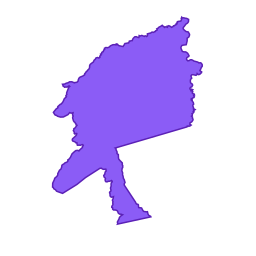 São Domingos, Goiás, Brazil, rotated 164°
{"feature_id": "56859067B73761479247752", "entity_name": "São Domingos", "entity_type": "district", "adm_level": 2, "iso_a3": "BRA", "parent_name": "Brazil", "parent_adm1": "Goiás", "projection": "mercator", "projection_center": [-46.484, -13.45], "detail": "fine", "context": "isolated", "style": "filled", "palette": "violet", "viewbox_px": 256, "rotation_deg": 164, "n_neighbors": 0, "source": "geoboundaries", "source_scale": "gbopen_adm2", "svg_char_len": 5858}
<svg xmlns="http://www.w3.org/2000/svg" viewBox="0 0 256 256"><g transform="rotate(164 128 128)"><path d="M184.9,131.9L184.8,130.8L183.1,129.5L182.4,128.8L182.1,128.0L181.2,127.9L181.4,126.6L181.4,125.4L179.4,124.9L178.7,124.5L176.8,124.7L176.1,124.5L175.8,123.6L177.1,122.5L177.2,121.8L179.8,120.6L181.5,119.5L182.3,120.3L184.2,120.7L185.7,120.2L188.9,118.6L191.5,115.6L193.9,114.0L194.7,113.9L194.8,112.9L195.4,112.4L196.3,112.0L198.1,111.9L199.4,111.2L201.4,110.7L202.2,109.8L202.4,108.9L203.8,107.0L205.5,106.3L208.1,103.5L208.4,102.3L209.7,101.1L212.3,99.9L213.0,98.7L215.6,95.7L216.8,92.0L216.2,91.3L216.1,90.1L214.7,88.6L214.1,87.0L213.1,86.2L208.9,83.2L192.7,87.8L182.4,92.1L166.1,97.0L164.5,96.6L164.2,96.0L163.7,95.5L163.1,95.1L162.2,94.8L161.5,94.8L160.6,94.5L160.8,92.7L161.6,92.5L162.7,90.9L163.0,90.0L164.4,89.1L164.5,87.5L163.9,86.6L163.6,85.6L164.3,84.5L164.4,83.3L164.0,82.4L162.9,82.0L161.7,82.2L160.5,81.9L159.2,81.9L158.4,82.1L157.9,81.3L158.0,80.6L158.8,80.3L159.5,79.3L160.0,77.9L160.1,77.0L161.4,75.1L161.5,73.2L161.7,72.5L162.1,71.9L162.8,71.7L163.4,71.3L163.6,70.6L163.4,69.9L163.9,67.9L163.8,67.0L163.1,66.1L161.7,65.9L160.9,66.0L161.8,64.1L162.7,63.3L163.0,62.5L162.7,61.7L163.4,59.9L163.4,59.1L163.7,58.4L165.1,57.2L165.5,56.2L164.8,55.5L165.1,54.1L164.5,53.2L163.3,52.8L162.4,52.5L161.3,51.6L160.9,50.7L160.9,49.7L160.7,48.6L160.1,47.9L159.5,47.3L158.6,47.2L157.1,46.1L159.0,45.5L160.9,44.4L161.3,43.6L162.0,42.8L164.2,40.5L164.1,39.1L164.6,38.5L130.5,36.3L130.6,36.9L132.1,38.3L132.5,39.7L132.4,42.2L133.3,42.3L135.9,43.5L136.4,44.5L137.0,47.4L137.8,47.8L139.1,48.3L139.7,48.6L139.2,51.4L139.6,52.0L140.8,52.6L141.1,53.6L141.2,54.6L147.3,74.0L147.1,75.2L145.8,76.6L146.0,78.1L145.8,78.7L146.0,80.0L146.3,80.6L146.0,83.3L146.2,84.3L145.5,86.4L145.7,88.6L144.7,90.9L144.0,91.4L143.4,93.3L143.7,94.2L143.3,95.1L143.2,96.4L143.7,96.8L143.9,97.6L144.6,98.7L145.5,100.7L145.4,101.9L144.6,105.2L145.5,106.2L145.6,106.9L145.2,107.5L145.1,108.4L145.5,110.2L145.2,111.7L145.7,112.3L71.0,112.8L70.5,113.5L69.8,113.0L68.9,113.2L68.3,112.8L67.5,113.0L66.5,113.4L67.5,114.6L66.9,115.9L65.1,116.3L63.7,117.4L63.2,118.0L63.1,118.9L63.4,119.5L63.0,120.8L63.7,121.9L62.8,122.3L62.4,123.1L62.5,124.1L61.7,124.2L60.1,125.3L60.7,126.0L60.0,126.5L59.9,127.5L59.3,126.9L58.4,127.2L58.9,127.7L59.4,128.1L59.6,131.4L59.2,132.3L58.3,132.8L58.2,134.7L58.8,135.9L58.6,137.1L59.4,137.3L59.4,138.1L59.0,138.8L58.2,138.5L57.3,139.1L56.3,139.1L55.6,139.7L55.9,140.5L55.9,141.2L55.0,141.3L55.0,142.4L56.1,143.1L56.6,144.0L55.7,145.0L55.9,146.6L57.1,146.2L57.3,147.4L57.7,148.7L57.2,149.5L56.4,149.9L55.3,150.0L54.0,151.4L54.2,152.7L55.1,153.6L55.4,154.8L54.9,156.7L54.3,157.6L53.0,158.3L53.2,160.6L52.2,161.5L50.9,161.4L48.1,159.9L47.1,160.3L46.5,161.3L45.6,159.9L44.6,159.8L43.6,160.1L42.9,160.7L42.2,160.8L41.7,161.6L43.1,163.3L41.7,164.8L40.7,166.2L39.8,166.6L39.2,168.2L39.4,169.3L39.9,170.4L40.7,170.9L41.9,171.0L42.7,172.1L46.3,174.3L47.1,175.3L48.1,176.1L49.4,176.4L50.7,175.9L52.0,176.1L52.8,177.5L52.6,178.5L52.2,179.2L51.6,179.6L49.9,180.0L49.4,180.6L50.0,183.3L50.9,184.6L51.7,185.3L53.0,185.7L54.2,186.3L54.7,186.8L55.1,190.1L55.0,190.8L54.0,192.0L53.4,192.5L51.7,192.4L49.1,192.0L47.1,195.5L46.4,198.0L44.5,198.7L43.5,199.9L43.0,201.1L43.6,203.7L45.7,204.8L47.0,206.8L47.6,208.1L47.4,209.0L46.7,209.7L46.0,210.1L43.7,211.9L42.0,212.4L41.0,213.1L40.5,213.7L39.8,215.7L41.4,217.2L42.8,217.8L44.1,218.6L45.4,218.8L45.8,219.7L46.7,218.5L46.5,217.7L47.8,216.2L50.1,216.6L51.2,216.6L51.4,215.7L52.2,215.5L52.2,214.7L53.1,214.8L53.3,214.1L54.3,214.0L55.2,213.5L56.1,213.7L56.7,213.1L57.5,213.0L58.3,212.7L59.4,214.1L60.6,215.1L61.4,214.9L62.2,215.1L62.4,214.0L63.2,214.6L64.6,215.0L65.3,214.7L65.7,215.8L66.4,216.4L66.8,217.3L68.6,216.7L70.5,216.4L71.6,215.7L73.0,215.4L72.8,214.6L73.2,214.0L74.8,213.8L75.2,213.2L76.1,213.2L77.2,212.9L78.4,213.6L80.3,213.0L81.6,213.2L82.6,213.1L83.4,213.2L83.9,211.3L84.8,210.8L85.3,211.4L86.2,211.9L87.0,211.5L89.2,213.2L90.1,213.1L90.9,213.1L91.8,213.8L92.2,212.8L92.6,212.0L93.3,212.2L94.9,213.5L96.3,213.8L97.3,213.3L98.5,212.6L99.9,210.8L100.9,211.1L101.9,210.9L102.7,211.2L103.9,209.6L105.5,209.9L106.4,209.8L107.5,210.1L108.3,209.6L108.8,208.8L109.5,208.5L110.2,207.7L111.2,208.1L114.1,209.7L114.6,210.4L115.0,211.5L116.0,212.0L116.1,211.2L116.9,211.3L117.6,211.7L118.9,212.1L119.8,212.2L122.4,211.8L123.4,211.1L124.4,210.9L125.5,210.8L127.1,211.5L128.7,211.1L128.8,209.9L129.6,209.8L130.3,209.0L130.7,208.2L131.7,208.2L132.5,207.7L132.9,206.6L134.0,206.6L134.0,205.5L135.0,205.1L135.5,204.3L135.6,203.6L136.8,203.3L137.6,204.1L138.8,204.2L139.8,204.0L140.4,203.1L141.9,202.5L143.1,201.0L145.4,200.2L146.9,199.5L147.7,198.5L148.3,196.7L149.1,195.6L150.5,194.9L151.7,194.0L152.6,193.7L153.5,192.8L154.7,192.1L155.0,191.1L157.2,190.4L160.1,190.1L161.0,189.7L161.7,189.1L162.6,187.9L163.1,186.8L164.0,186.2L165.6,186.1L166.4,186.4L167.1,186.2L169.2,187.9L171.5,188.5L173.2,188.0L175.1,188.1L176.7,187.7L178.9,188.1L178.7,187.2L178.9,186.3L178.2,185.6L177.8,184.7L176.3,184.5L175.4,184.1L173.0,184.8L172.6,184.0L173.4,183.8L176.8,179.4L177.4,178.5L177.6,177.0L178.7,176.4L178.9,175.7L178.6,175.0L180.8,173.9L181.5,173.4L182.0,172.6L183.3,171.1L185.5,169.5L186.4,169.5L189.1,168.2L189.7,167.8L189.8,166.8L191.9,166.1L195.4,163.6L194.7,161.0L194.3,160.4L193.2,159.8L192.6,158.8L189.9,157.1L187.1,156.4L182.0,157.4L179.8,158.9L178.7,158.0L177.8,157.8L176.7,157.8L177.7,155.9L177.4,154.6L178.2,153.7L178.4,153.0L178.5,152.0L178.4,150.8L178.5,150.1L178.0,148.6L177.5,148.2L177.4,147.4L176.9,146.5L177.1,145.4L176.3,144.7L177.9,143.4L179.2,142.5L180.2,142.3L180.5,141.4L181.3,140.5L180.9,139.5L180.8,138.4L181.2,137.8L180.8,136.9L180.1,136.9L179.4,137.1L178.8,136.8L179.4,135.6L180.3,134.9L184.3,132.9L184.9,131.9ZM55.9,146.6L55.2,147.0L55.9,147.5L55.9,146.6Z" fill="#8b5cf6" stroke="#5b21b6" stroke-width="1.5"/></g></svg>